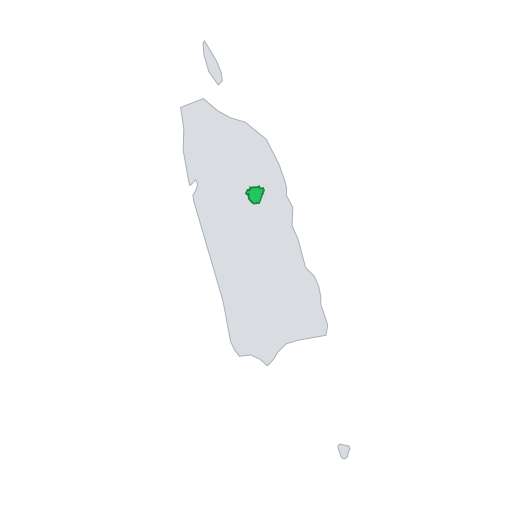 Aibonito, Puerto Rico (highlighted), rotated 252°
{"feature_id": "32010507B49819301822346", "entity_name": "Aibonito", "entity_type": "district", "adm_level": 2, "iso_a3": "PRI", "parent_name": "Puerto Rico", "parent_adm1": "", "projection": "orthographic", "projection_center": [-66.255, 18.128], "detail": "fine", "context": "in_parent", "style": "filled", "palette": "green", "viewbox_px": 512, "rotation_deg": 252, "n_neighbors": 0, "source": "geoboundaries", "source_scale": "gbopen_adm2", "svg_char_len": 2532}
<svg xmlns="http://www.w3.org/2000/svg" viewBox="0 0 512 512"><g transform="rotate(252 256 256)"><path d="M337.2,219.2L342.3,222.7L347.3,222.2L343.3,215.0L347.0,215.0L378.9,219.4L399.4,226.7L420.6,230.2L422.0,254.6L405.7,264.5L395.1,274.7L386.5,287.2L363.7,301.8L336.2,306.2L317.9,306.6L311.1,306.1L304.4,303.6L290.6,306.0L273.5,299.6L258.9,301.2L229.8,299.6L218.9,305.1L208.5,306.3L198.3,305.2L189.6,302.7L168.0,302.8L159.0,298.0L162.9,270.2L163.2,257.6L158.0,247.2L152.2,240.6L148.1,232.9L156.6,227.8L163.5,220.5L165.8,209.3L173.4,206.6L182.3,205.4L223.3,210.7L327.3,213.8L333.2,214.7L337.2,219.2ZM454.6,278.5L441.6,279.6L433.0,278.2L430.2,273.0L446.0,268.1L464.5,268.7L475.1,271.6L476.4,273.5L454.6,278.5ZM46.3,285.7L44.7,285.8L43.2,285.6L42.5,285.1L41.4,283.5L36.7,280.8L35.6,278.4L36.7,275.9L38.6,274.9L48.3,274.7L49.3,274.9L51.2,276.7L51.2,278.0L50.2,279.2L48.5,282.2L47.8,283.0L47.2,283.8L47.0,285.2L46.3,285.7Z" fill="#d9dde1" stroke="#a8b0b8" stroke-width="1"/><path d="M315.8,284.0L317.7,283.9L318.0,283.8L318.4,283.8L318.3,283.4L318.3,283.2L318.6,283.0L318.8,282.5L318.7,281.0L319.2,281.0L319.6,280.8L319.7,280.6L320.1,280.5L321.3,280.7L321.3,280.1L320.9,279.4L321.4,279.1L321.1,278.3L321.3,278.0L321.2,277.5L321.1,277.4L320.9,276.9L321.3,276.6L321.7,276.5L322.0,276.1L322.1,275.5L322.2,274.9L322.0,274.7L322.0,274.3L322.0,274.2L322.3,273.9L322.4,273.7L322.6,273.3L322.5,272.3L322.6,272.2L322.1,272.3L322.2,271.9L322.7,271.7L322.6,271.4L321.9,271.2L321.5,271.2L321.1,271.1L320.9,270.9L320.8,270.6L321.4,270.3L321.4,270.1L320.7,269.7L320.6,269.3L320.8,269.2L321.1,269.3L321.4,269.1L321.5,268.8L321.5,268.3L321.4,268.1L321.1,268.1L321.0,267.8L320.6,267.4L320.1,267.1L319.9,266.8L319.7,266.5L319.2,266.0L318.6,265.7L318.3,265.7L317.9,266.3L317.4,266.8L317.3,267.5L317.6,267.8L317.4,268.3L316.8,268.3L316.4,268.3L316.1,268.2L316.1,267.7L316.0,267.3L315.8,267.5L315.5,267.4L314.8,267.3L314.3,267.1L313.9,267.1L313.2,266.9L312.8,267.1L312.6,266.9L312.4,266.8L311.8,267.3L311.6,267.3L311.2,267.5L310.5,267.7L310.2,267.7L310.0,268.3L309.8,268.4L309.0,268.3L308.7,269.2L308.4,269.4L308.0,269.0L307.6,269.3L307.2,269.3L306.8,269.7L306.2,270.5L306.3,270.7L306.3,271.0L306.0,272.3L305.9,272.7L306.1,273.0L306.6,273.1L306.5,273.4L306.1,273.8L305.7,274.4L305.2,275.2L306.9,276.6L309.6,278.8L310.4,279.4L311.8,280.6L312.2,280.7L312.5,280.6L313.2,281.3L313.2,281.6L313.3,281.8L313.2,282.2L313.7,282.1L313.8,282.2L314.3,282.4L314.9,282.3L315.4,282.9L315.5,283.7L315.8,284.0Z" fill="#22c55e" stroke="#15803d" stroke-width="1.5"/></g></svg>